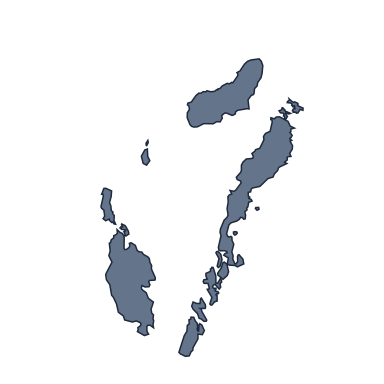 the Province of Nusa Tenggara Timur, rotated 118°
{"feature_id": "IDN-1235", "entity_name": "Nusa Tenggara Timur", "entity_type": "Province", "adm_level": 1, "iso_a3": "IDN", "parent_name": "Indonesia", "parent_adm1": "", "projection": "natural_earth1", "projection_center": [122.339, -9.496], "detail": "fine", "context": "isolated", "style": "filled", "palette": "slate", "viewbox_px": 384, "rotation_deg": 118, "n_neighbors": 0, "source": "natural_earth", "source_scale": "10m", "svg_char_len": 6081}
<svg xmlns="http://www.w3.org/2000/svg" viewBox="0 0 384 384"><g transform="rotate(118 192 192)"><path d="M239.1,124.7L238.7,127.2L233.2,128.9L232.9,134.3L230.7,133.9L229.1,132.4L228.4,133.0L228.3,135.2L230.6,139.4L230.5,141.1L228.6,142.7L216.9,145.9L214.5,148.3L211.4,149.5L201.9,150.4L197.6,149.1L195.3,149.4L190.1,153.3L183.9,155.3L179.3,158.1L177.1,157.7L175.0,156.0L172.8,159.1L171.7,155.3L169.7,154.2L160.8,152.9L159.5,154.3L159.8,157.9L158.2,159.8L152.0,158.3L149.8,158.5L145.1,161.0L141.6,161.0L137.4,159.6L133.8,154.2L131.9,154.5L129.8,157.2L126.7,155.7L124.7,155.7L121.6,152.7L112.2,153.0L109.4,154.9L107.3,154.8L105.6,154.5L101.8,151.5L92.7,154.0L90.8,155.3L91.1,156.4L89.4,157.2L88.7,153.6L86.2,152.8L84.5,149.9L84.6,140.4L87.7,136.2L87.5,131.6L90.0,134.3L92.4,133.0L93.4,133.5L95.0,130.1L97.5,130.1L98.4,130.8L99.1,130.5L99.6,128.2L101.0,129.3L104.0,124.9L107.1,123.6L112.0,123.9L114.1,121.3L115.8,123.9L117.0,124.2L118.9,122.9L122.3,124.3L122.3,121.6L129.6,127.0L132.8,126.5L137.5,127.8L140.7,127.4L144.4,131.2L155.2,134.7L160.1,140.5L161.5,141.1L164.4,140.3L165.9,142.2L169.4,140.2L169.4,138.6L171.0,138.8L170.7,136.3L171.8,134.7L174.5,137.1L178.9,135.7L180.5,136.2L181.9,135.0L184.7,136.1L187.3,133.8L190.7,132.4L191.8,133.7L190.9,135.3L191.7,137.3L193.7,137.3L196.6,138.8L200.8,143.0L203.7,144.0L212.7,141.8L214.5,139.4L214.4,138.1L212.9,136.8L213.1,135.6L216.0,133.9L218.5,130.6L226.2,128.7L229.2,125.6L232.1,124.5L235.1,120.6L234.9,119.4L231.9,119.0L227.7,121.5L225.7,121.6L225.3,121.0L227.4,115.5L231.2,112.5L236.8,116.8L236.7,119.6L239.1,124.7ZM298.1,192.3L300.6,191.6L301.6,190.4L302.4,185.2L306.4,180.6L307.3,174.4L314.7,173.1L317.8,170.7L318.7,168.2L322.1,167.0L323.6,165.4L327.5,164.1L329.9,162.2L329.3,166.5L330.5,168.5L332.1,168.7L336.2,166.3L337.9,163.6L341.1,166.6L340.9,174.7L338.8,174.9L337.2,176.1L334.0,174.7L332.5,175.1L331.7,176.2L332.0,180.7L334.8,183.6L336.6,191.4L333.7,194.3L332.7,200.6L326.3,206.1L322.0,211.8L320.9,214.5L312.5,221.0L309.6,226.4L305.7,229.3L303.9,229.6L291.5,229.7L287.3,235.5L282.4,236.6L276.0,241.0L275.0,240.1L272.2,240.9L269.3,239.6L267.3,240.6L265.3,239.0L263.4,238.6L260.4,240.5L261.4,237.0L261.3,233.8L262.4,232.0L264.0,230.5L273.6,225.6L274.4,224.3L273.5,222.9L270.5,221.5L268.3,221.8L266.8,223.2L265.4,222.0L265.7,217.0L269.4,212.9L269.6,210.5L268.6,208.0L269.9,205.7L270.0,200.6L270.8,198.5L274.0,196.0L275.8,193.2L279.1,191.6L284.7,184.4L286.2,183.5L287.2,183.4L290.0,187.9L291.5,188.2L293.7,185.6L295.8,185.5L297.9,188.8L298.1,192.3ZM132.0,217.9L133.8,220.9L134.2,223.0L133.6,225.2L128.7,231.1L124.2,233.3L120.2,233.1L117.6,235.0L117.2,236.9L115.6,237.4L112.8,234.8L105.0,233.8L101.5,232.4L100.5,230.5L98.2,229.2L96.9,226.7L95.6,226.4L94.7,222.5L92.4,219.2L90.2,218.4L89.6,217.2L89.0,217.6L87.3,215.8L84.1,215.1L79.5,211.9L78.9,209.7L76.5,208.4L76.4,207.2L68.1,206.2L66.3,206.9L65.5,208.4L62.7,206.5L54.5,205.7L50.7,204.4L47.8,202.0L42.9,195.2L44.0,192.2L47.2,188.8L54.1,185.9L58.8,184.7L64.4,185.4L67.9,184.3L71.3,185.3L76.1,183.4L77.7,183.8L78.6,185.0L84.3,185.8L91.9,180.6L92.5,182.4L98.5,190.1L101.0,191.1L102.7,190.4L104.9,191.8L105.6,192.7L106.1,198.6L107.0,200.2L110.6,201.7L112.7,199.9L116.9,200.1L118.3,203.2L121.8,205.3L126.1,213.7L132.0,217.9ZM340.2,120.7L340.4,126.5L339.7,128.3L322.5,131.4L317.5,131.1L311.9,133.5L309.6,132.6L306.3,134.7L304.8,133.5L302.9,134.1L301.8,131.6L304.3,128.6L305.5,125.7L308.5,123.6L310.5,123.2L312.1,121.5L311.6,120.9L306.0,123.5L304.6,123.4L304.8,120.9L308.6,116.0L313.1,115.9L314.7,120.1L318.8,117.8L328.9,118.0L331.5,117.0L333.6,117.8L338.0,117.5L340.2,120.7ZM282.3,121.3L283.0,122.2L282.5,123.7L275.7,125.0L270.8,132.9L269.3,131.2L265.2,134.9L267.0,138.5L265.8,140.1L263.9,140.3L261.8,137.7L259.6,140.3L257.3,141.5L253.4,138.4L251.4,139.6L250.1,138.8L249.3,139.2L248.7,137.9L255.0,131.5L261.1,128.2L260.5,126.5L255.5,126.3L256.0,124.7L257.7,123.5L259.7,124.2L262.6,122.0L265.0,122.4L262.7,128.3L264.1,129.3L266.1,129.4L267.0,127.8L265.7,125.7L266.7,125.1L267.9,125.7L268.5,125.0L267.8,122.3L268.6,121.0L269.8,121.3L270.0,122.4L271.5,122.6L271.6,121.3L276.4,118.6L278.5,120.5L282.3,121.3ZM254.8,252.5L257.9,254.7L257.3,258.0L254.4,257.7L249.4,261.3L248.8,264.2L247.7,265.5L237.2,268.4L235.7,269.7L236.4,270.7L230.2,271.5L229.2,269.9L228.8,263.5L233.8,261.3L240.1,259.8L242.4,257.1L246.2,254.6L246.9,252.3L248.1,252.2L249.3,249.6L253.8,247.5L256.3,244.3L256.8,246.0L255.7,247.8L256.6,248.5L255.9,251.4L254.8,252.5ZM300.6,120.9L299.8,124.3L300.2,126.4L296.9,129.9L295.0,135.9L293.0,138.7L288.6,139.4L288.2,135.5L286.7,132.6L282.5,134.3L281.3,134.0L285.1,127.5L286.9,126.1L288.6,125.7L291.0,130.1L291.1,128.9L293.0,127.0L298.2,118.8L299.5,118.8L300.6,120.9ZM254.5,123.6L253.2,130.1L251.7,131.2L245.6,130.5L239.8,131.5L238.7,130.5L239.5,127.1L245.3,122.2L249.2,121.7L254.5,123.6ZM184.1,244.0L189.6,244.7L189.7,248.5L184.2,253.5L177.0,253.4L175.0,251.6L181.5,247.7L184.1,244.0ZM72.7,137.5L74.0,140.0L73.3,140.1L73.2,141.5L71.1,141.5L70.2,140.2L67.8,141.9L68.5,142.9L69.4,142.7L68.6,144.7L67.4,145.0L67.1,146.5L68.4,149.9L67.3,150.2L65.0,149.1L64.2,149.9L65.2,145.8L65.0,144.0L64.2,143.6L64.0,140.6L64.5,139.6L65.8,139.6L66.1,138.5L65.8,133.3L67.8,132.4L68.4,135.3L72.5,135.6L73.4,136.9L72.7,137.5ZM244.8,132.4L246.4,133.4L245.6,135.0L238.1,136.9L234.5,142.3L233.1,142.3L232.2,141.1L233.5,137.3L237.8,133.6L244.8,132.4ZM258.7,228.0L261.9,229.7L262.0,230.5L259.8,232.1L259.1,233.5L257.4,232.4L256.7,232.8L258.1,236.8L257.4,237.4L257.5,238.7L256.4,238.6L255.3,236.9L254.0,238.9L253.2,239.0L253.1,235.1L256.4,229.9L258.7,228.0ZM80.6,143.2L83.9,143.4L83.7,144.4L81.7,146.1L81.9,146.9L79.9,147.3L79.7,149.0L80.6,151.1L79.4,153.3L77.3,151.4L75.4,152.0L75.0,151.5L75.7,149.3L76.3,149.1L76.0,148.4L77.6,146.8L76.7,146.5L76.3,141.9L77.6,143.1L78.3,145.3L79.3,145.8L80.6,143.2ZM207.1,132.7L209.5,133.4L210.0,134.3L209.4,135.7L207.9,136.6L206.7,135.4L206.3,133.6L207.1,132.7ZM175.9,124.7L177.6,126.0L176.9,128.2L175.8,128.4L174.3,125.9L175.9,124.7ZM169.0,253.8L172.3,253.8L172.2,254.4L170.5,255.5L167.2,255.2L169.0,253.8Z" fill="#64748b" stroke="#1e293b" stroke-width="1.5"/></g></svg>